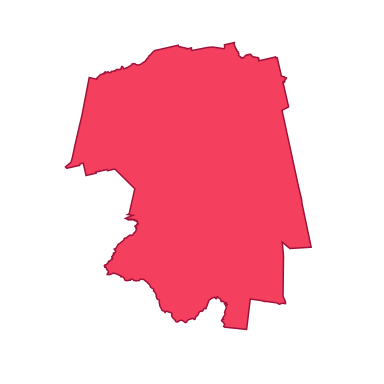 outline of Rotorua District, Bay of Plenty, New Zealand, rotated 347°
{"feature_id": "76426892B632863576138", "entity_name": "Rotorua District", "entity_type": "district", "adm_level": 2, "iso_a3": "NZL", "parent_name": "New Zealand", "parent_adm1": "Bay of Plenty", "projection": "natural_earth1", "projection_center": [176.197, -38.253], "detail": "fine", "context": "isolated", "style": "filled", "palette": "rose", "viewbox_px": 384, "rotation_deg": 347, "n_neighbors": 0, "source": "geoboundaries", "source_scale": "gbopen_adm2", "svg_char_len": 5945}
<svg xmlns="http://www.w3.org/2000/svg" viewBox="0 0 384 384"><g transform="rotate(347 192 192)"><path d="M90.8,253.2L92.4,253.9L94.3,253.9L97.0,253.3L100.8,255.3L101.7,256.3L103.1,257.1L103.4,257.6L103.5,258.1L104.0,258.4L104.0,258.7L104.6,258.4L105.5,259.3L106.6,260.8L106.8,262.8L108.5,263.8L110.7,263.8L112.0,264.1L112.7,263.4L113.8,263.3L114.2,263.4L115.4,265.0L117.1,265.9L120.5,266.4L121.9,265.5L122.6,265.3L123.2,265.4L123.8,265.9L125.3,266.3L126.7,268.4L128.0,269.7L128.3,270.7L129.5,272.2L130.0,273.5L130.2,274.4L130.1,275.3L131.0,276.1L131.3,276.7L132.6,277.7L132.9,278.2L132.8,279.0L132.2,279.6L133.3,281.2L134.0,283.8L134.0,284.5L133.6,285.7L133.8,286.3L133.7,287.3L134.2,288.7L135.5,289.6L135.7,290.8L135.1,292.7L135.2,294.1L135.0,295.2L135.2,296.6L135.7,297.5L135.7,298.6L136.1,299.7L136.1,300.6L138.3,302.0L138.6,303.3L140.0,302.5L140.6,302.5L142.4,303.8L144.5,304.9L145.1,305.5L145.1,306.1L144.4,307.4L144.4,308.3L144.6,308.6L144.6,309.3L145.2,310.7L146.4,312.3L147.1,314.7L147.7,315.1L149.0,315.4L149.8,314.8L152.5,314.4L154.3,315.5L155.8,317.5L156.5,317.9L157.7,317.3L158.9,316.0L160.3,315.6L164.0,315.3L164.4,315.5L165.4,316.7L166.2,316.7L166.6,316.3L166.8,315.4L167.3,314.9L170.4,312.9L171.1,312.0L171.3,311.2L172.5,310.4L173.3,310.1L174.3,310.4L175.7,310.3L176.6,309.4L177.2,308.5L177.7,308.2L178.4,308.3L179.1,308.9L179.4,308.9L179.9,307.3L181.3,306.1L182.3,304.0L183.5,302.7L183.6,301.7L183.9,301.4L185.2,301.0L186.4,300.3L187.6,299.9L190.5,299.6L190.9,299.9L190.9,300.7L191.1,301.1L191.5,301.4L191.9,301.4L192.2,301.2L192.7,299.9L193.1,299.7L193.5,299.9L194.1,301.1L195.6,302.8L195.9,303.8L195.6,304.8L195.9,305.4L196.4,305.6L197.4,305.3L198.1,305.8L198.5,306.7L198.6,307.4L198.4,308.2L198.6,308.6L199.0,308.5L199.6,307.5L200.4,307.5L200.6,308.0L200.5,308.9L201.1,309.8L200.8,310.1L199.6,309.9L199.1,310.2L199.1,310.4L199.5,311.9L199.4,312.5L197.2,315.7L196.6,317.0L196.8,318.4L196.7,319.0L194.9,320.4L193.4,322.2L193.4,322.6L193.9,322.8L194.0,323.2L192.6,323.2L191.9,323.7L191.9,324.3L193.1,325.8L194.0,328.2L193.7,328.9L192.5,330.0L193.3,331.0L214.3,338.2L224.7,309.4L236.0,313.7L236.5,314.2L238.5,315.2L239.1,315.1L249.9,319.2L251.7,321.0L255.0,320.7L257.9,321.8L258.2,321.3L258.3,319.4L257.3,314.5L257.3,313.8L266.7,275.2L268.7,261.2L274.7,269.1L295.7,272.6L296.6,227.4L297.1,224.5L297.0,209.8L298.1,132.7L305.3,130.8L305.3,105.3L306.0,104.9L306.9,105.8L307.1,105.5L306.8,105.0L307.0,104.9L306.9,104.6L307.5,104.4L307.8,103.7L308.8,103.1L309.7,102.2L309.2,101.7L308.3,101.3L307.7,100.4L307.0,100.3L306.6,99.9L306.0,99.8L305.7,99.6L305.4,99.0L305.2,99.0L305.2,80.2L304.1,80.2L304.0,79.6L303.6,79.0L303.2,79.2L286.6,79.2L286.9,78.4L286.5,78.1L286.9,77.7L286.8,77.3L287.1,77.0L286.7,76.0L285.7,75.5L284.6,75.3L283.6,74.5L282.5,74.5L282.0,74.2L281.8,73.7L281.0,73.0L280.4,71.9L280.4,71.3L279.3,70.8L278.4,70.6L277.2,71.2L276.8,70.8L276.2,70.6L275.5,71.1L275.1,71.0L273.6,71.8L273.1,72.4L272.8,72.6L272.0,72.8L271.5,72.5L270.9,72.7L270.1,72.4L270.0,72.2L270.2,71.8L269.3,70.9L268.2,69.4L268.3,68.6L268.8,67.8L268.8,67.4L268.3,66.9L268.5,65.9L267.5,64.8L267.7,64.0L267.3,63.4L267.2,62.4L266.8,61.2L266.2,57.6L266.9,55.9L256.7,55.9L256.8,56.9L256.4,57.7L256.4,58.5L255.5,59.6L244.7,55.4L240.2,54.7L223.8,54.1L223.5,53.7L223.9,51.4L219.0,51.4L218.9,50.7L211.7,47.2L211.5,46.5L211.6,45.9L187.4,45.8L184.7,47.3L182.5,49.0L180.9,49.6L178.8,51.8L178.3,51.9L177.3,52.7L177.0,53.3L176.5,53.5L175.4,54.3L173.6,54.8L171.3,55.9L170.6,55.9L169.7,56.2L168.5,56.2L166.8,55.7L166.3,55.3L165.8,54.7L164.4,53.8L163.3,53.7L162.2,53.9L161.8,54.5L160.6,55.1L159.0,55.5L157.0,56.2L156.5,56.1L155.9,56.5L154.4,56.5L153.7,56.7L153.1,56.2L152.8,54.8L152.3,54.5L152.3,54.0L152.0,53.9L151.4,54.3L151.1,55.2L150.7,55.4L150.4,56.1L150.0,56.5L149.5,56.5L149.1,56.2L148.4,56.4L147.0,55.7L146.5,55.6L145.4,55.9L144.5,56.9L143.5,56.4L142.0,56.6L141.2,56.6L140.8,56.3L140.6,56.4L140.3,57.1L139.7,57.2L139.4,57.0L138.5,57.2L137.6,56.7L137.4,56.1L136.7,56.2L136.3,56.0L135.5,56.2L135.0,55.8L134.9,56.4L134.3,56.7L133.7,56.4L133.4,56.6L133.4,56.3L133.0,56.8L132.6,56.5L132.3,56.9L131.9,56.7L130.4,57.1L129.5,56.9L124.9,59.6L124.5,60.7L117.6,57.3L102.2,92.1L88.8,119.4L83.0,131.9L80.8,135.8L74.3,139.1L75.3,140.7L86.7,140.8L86.7,140.6L87.0,140.6L88.4,140.9L89.3,139.5L92.5,139.4L92.5,152.1L102.8,152.1L102.8,151.0L114.1,151.0L114.6,152.3L122.0,152.2L137.0,176.0L125.9,199.0L124.2,199.5L129.1,201.4L121.5,202.7L121.9,202.9L122.3,202.7L122.1,203.5L122.6,203.5L122.9,203.2L123.0,203.6L123.3,203.6L123.2,204.1L123.5,204.8L124.0,204.5L124.2,204.9L124.5,204.8L124.9,205.1L125.6,204.7L125.7,205.2L126.3,205.5L126.5,205.5L126.7,205.0L126.9,205.1L127.2,205.6L127.4,205.6L127.5,205.3L128.5,205.7L128.7,206.1L129.5,206.0L129.5,206.7L130.1,207.3L130.4,207.2L130.3,206.5L131.1,206.9L131.3,208.0L131.5,208.3L132.3,208.2L132.3,208.4L131.9,208.9L132.2,209.3L131.7,210.4L132.3,210.8L132.4,211.1L131.5,211.8L130.6,211.4L129.7,212.1L128.7,212.4L128.7,212.5L129.2,212.6L129.4,212.8L129.7,213.8L129.1,214.0L129.1,214.5L129.3,214.7L129.7,214.5L130.1,214.9L129.8,215.3L129.8,215.5L129.3,215.9L128.1,217.9L126.0,219.0L124.6,220.6L123.5,220.7L122.3,220.1L121.7,220.1L119.5,220.9L118.1,221.8L115.6,222.0L114.1,224.1L112.2,224.6L110.6,225.6L108.2,226.5L107.4,227.5L105.0,229.9L104.0,230.2L102.9,229.8L103.5,230.4L103.9,231.7L104.5,232.2L104.5,232.6L104.1,233.0L103.7,233.7L102.8,233.9L102.5,233.8L101.8,233.8L101.6,234.3L102.4,234.4L102.3,234.8L101.7,235.1L101.6,235.7L100.5,235.9L100.5,236.3L99.9,236.7L99.3,236.9L99.4,237.2L99.3,237.6L99.6,238.7L99.8,239.0L99.4,239.2L98.9,238.9L98.5,239.4L98.4,240.0L97.0,240.3L96.6,240.7L96.0,240.7L96.0,241.1L95.1,240.8L94.6,241.4L94.4,242.0L93.2,242.7L92.7,243.3L92.2,243.5L90.9,243.4L90.0,244.0L90.1,244.7L90.5,244.7L90.6,245.1L90.4,245.3L90.6,245.4L90.4,245.7L91.3,245.9L91.4,247.9L91.8,248.9L92.4,249.6L92.4,249.9L92.8,250.8L92.8,251.1L92.5,251.6L91.6,252.0L90.9,252.9L90.8,253.2Z" fill="#f43f5e" stroke="#9f1239" stroke-width="1.5"/></g></svg>